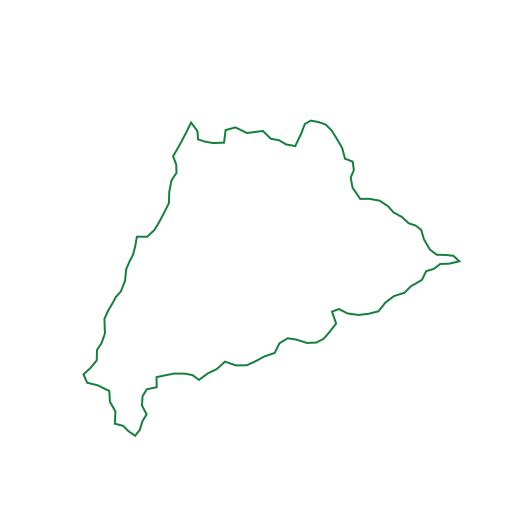 Capela Nova, Minas Gerais, Brazil (Albers equal-area conic projection), rotated 346°
{"feature_id": "56859067B12551134046760", "entity_name": "Capela Nova", "entity_type": "district", "adm_level": 2, "iso_a3": "BRA", "parent_name": "Brazil", "parent_adm1": "Minas Gerais", "projection": "albers", "projection_center": [-43.609, -20.915], "detail": "fine", "context": "isolated", "style": "outline", "palette": "green", "viewbox_px": 512, "rotation_deg": 346, "n_neighbors": 0, "source": "geoboundaries", "source_scale": "gbopen_adm2", "svg_char_len": 1649}
<svg xmlns="http://www.w3.org/2000/svg" viewBox="0 0 512 512"><g transform="rotate(346 256 256)"><path d="M452.0,310.3L447.5,303.5L440.3,300.9L431.7,298.5L426.3,291.9L423.0,280.4L422.6,270.6L418.3,265.1L412.0,261.1L407.3,253.8L399.9,246.8L396.1,239.6L389.3,232.2L379.7,227.9L370.9,225.8L366.2,213.0L366.9,202.7L371.7,196.4L372.7,187.9L365.9,183.1L365.7,171.7L362.6,161.4L359.9,152.8L355.5,145.4L349.0,141.1L341.9,137.9L335.3,139.8L329.4,148.2L320.7,158.8L312.3,155.1L306.4,149.3L298.7,145.8L292.9,136.3L277.0,134.5L267.1,126.2L257.0,126.5L252.4,138.3L241.6,136.0L233.8,132.5L228.0,128.8L229.4,120.7L225.3,110.8L217.0,120.6L208.6,130.0L199.7,139.1L200.7,148.1L199.0,156.0L192.3,162.2L187.3,172.9L184.3,183.6L177.4,191.7L170.0,199.9L163.7,206.2L155.0,211.0L145.1,208.5L141.0,217.7L137.0,225.0L132.1,230.5L126.7,237.7L123.0,248.3L116.4,257.6L109.9,262.1L105.1,267.4L99.6,272.9L93.7,280.4L90.7,294.6L85.0,303.2L79.0,308.7L76.2,318.8L68.0,324.8L60.0,329.1L61.5,338.1L71.3,343.3L81.0,351.5L79.0,362.1L82.0,372.8L78.5,384.6L86.1,388.7L89.8,395.0L95.2,401.2L101.2,396.6L105.9,388.8L111.5,383.2L109.2,373.4L112.0,364.5L117.9,358.9L127.9,359.3L130.2,349.5L139.3,349.8L148.3,350.3L158.7,353.0L165.6,356.2L170.7,362.4L181.0,358.2L190.6,356.2L200.4,351.0L210.0,357.3L220.6,359.8L230.9,357.8L239.6,355.5L250.7,354.6L257.7,346.3L266.8,343.5L274.8,346.8L284.4,352.7L293.6,354.6L301.6,352.7L309.0,347.5L317.4,340.9L316.3,328.4L323.6,327.5L330.8,333.8L341.1,338.0L351.5,339.3L361.4,339.3L370.3,332.5L380.1,328.3L391.4,327.5L398.8,322.9L411.3,319.3L417.4,311.9L425.5,311.5L432.8,308.3L441.7,310.2L452.0,310.3Z" fill="none" stroke="#15803d" stroke-width="2"/></g></svg>